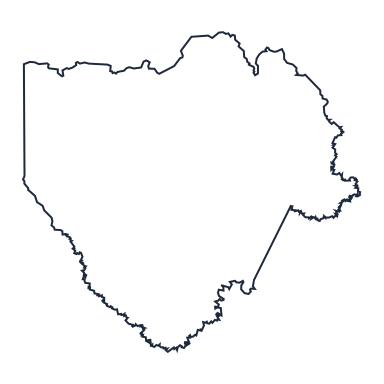 Calamar, Guaviare, Colombia (Albers equal-area conic projection)
{"feature_id": "7082276B89930960352961", "entity_name": "Calamar", "entity_type": "district", "adm_level": 2, "iso_a3": "COL", "parent_name": "Colombia", "parent_adm1": "Guaviare", "projection": "albers", "projection_center": [-72.972, 1.543], "detail": "fine", "context": "isolated", "style": "outline", "palette": "slate", "viewbox_px": 384, "rotation_deg": 0, "n_neighbors": 0, "source": "geoboundaries", "source_scale": "gbopen_adm2", "svg_char_len": 5927}
<svg xmlns="http://www.w3.org/2000/svg" viewBox="0 0 384 384"><path d="M254.0,280.0L290.8,206.0L292.2,206.3L291.0,207.8L292.1,208.2L291.5,209.8L295.4,210.3L294.0,211.5L298.4,210.4L299.0,211.8L300.2,211.2L300.0,213.0L301.1,211.5L302.0,213.7L304.1,213.5L303.2,215.1L305.3,217.2L308.6,217.4L309.0,218.5L311.3,216.4L312.3,217.0L311.6,218.6L313.8,217.1L315.3,218.5L315.7,217.4L316.4,219.6L317.5,219.6L317.2,217.8L318.2,220.5L319.7,221.0L320.7,219.1L323.2,218.3L323.7,216.9L324.9,217.7L324.5,216.4L325.9,217.5L329.1,217.5L332.3,216.2L333.4,217.8L334.8,216.2L336.7,216.0L335.7,214.5L336.6,214.9L337.0,214.1L337.3,215.2L337.6,214.2L335.9,213.2L336.6,211.6L335.8,210.8L340.0,211.9L337.5,209.7L340.0,210.3L339.3,209.0L340.0,207.5L339.0,208.1L338.7,207.3L341.3,204.4L341.6,203.0L340.6,202.9L343.0,201.5L342.2,200.6L344.4,199.4L345.4,201.0L346.6,199.5L347.9,199.7L347.2,200.8L350.2,201.4L349.8,198.8L350.6,198.8L350.6,197.5L349.2,196.9L349.8,195.7L351.4,196.1L351.8,197.4L352.8,195.1L354.7,194.3L356.7,195.5L357.4,194.0L357.9,195.6L356.9,196.3L357.8,196.4L360.1,194.8L359.3,192.1L361.0,192.5L358.0,191.3L358.3,188.3L355.5,187.8L357.2,186.3L355.6,185.8L356.9,185.5L357.4,184.5L356.6,185.1L355.6,184.0L357.4,181.4L355.9,180.4L356.7,179.7L356.0,178.8L355.6,180.3L354.6,180.2L354.8,178.9L353.4,177.4L350.7,177.5L349.4,179.0L350.0,180.5L345.1,180.7L344.9,179.6L343.3,180.3L342.0,179.4L343.3,178.1L342.2,178.5L341.7,177.6L342.0,174.5L341.1,175.7L339.3,173.0L337.0,174.5L332.6,173.7L334.2,170.0L333.3,170.0L332.9,167.9L331.3,169.7L331.2,166.7L334.0,166.6L334.4,164.6L331.6,163.5L331.4,162.4L333.6,162.7L333.3,161.0L336.5,156.8L335.1,155.4L336.6,154.2L335.1,152.8L335.2,149.5L332.6,147.7L334.9,144.5L333.6,144.6L334.5,143.8L332.5,143.1L335.1,137.2L336.4,137.7L337.9,135.4L341.4,135.1L341.1,133.8L343.4,132.0L342.1,130.9L341.8,131.9L341.1,131.5L341.7,129.6L339.7,128.5L340.9,127.1L339.4,127.3L333.6,122.2L331.7,123.9L329.3,121.7L328.8,120.5L329.8,119.8L328.0,119.8L326.6,118.2L327.0,116.1L325.5,115.8L324.3,112.9L323.8,106.7L327.3,103.4L327.8,101.7L326.6,99.6L322.6,98.5L322.4,95.8L320.4,94.3L320.2,90.3L305.2,74.7L303.3,75.6L296.1,74.9L297.7,73.4L296.2,70.9L296.5,68.0L292.8,64.5L287.1,62.9L284.1,58.9L284.1,53.6L281.9,49.1L276.1,51.7L273.8,51.7L269.4,50.0L268.6,48.2L267.0,47.5L265.4,49.6L266.4,51.2L262.6,51.6L259.2,54.5L256.7,58.5L255.8,63.5L258.0,65.9L257.9,73.6L255.0,75.2L253.6,72.6L254.4,71.6L253.5,70.5L254.3,68.6L253.6,66.9L248.9,64.7L249.5,63.4L247.3,61.8L246.7,58.9L244.2,57.1L243.8,51.0L238.6,46.4L239.6,43.5L235.2,39.8L234.8,35.5L232.4,34.9L230.6,36.6L228.4,33.4L225.9,33.9L223.0,32.2L218.9,32.6L212.2,38.0L208.1,35.6L191.4,36.8L180.9,50.8L182.8,55.7L182.4,57.4L180.1,58.2L174.1,66.1L159.2,73.8L157.2,72.7L154.5,68.8L148.9,68.6L148.2,66.1L149.7,62.3L146.4,60.4L143.6,61.6L141.1,67.5L133.8,68.5L129.3,67.2L126.5,68.2L124.0,70.7L117.5,72.0L116.0,73.6L114.5,72.5L112.6,73.1L112.0,71.4L110.2,71.1L110.7,65.9L107.5,64.6L88.8,63.6L84.7,62.5L80.0,63.6L77.5,62.0L75.9,62.9L76.2,65.1L72.5,67.6L68.8,68.9L66.8,68.1L62.5,70.4L63.3,75.7L62.0,76.3L57.8,73.0L57.8,69.4L48.9,68.3L48.0,67.1L48.7,64.6L47.2,63.4L38.8,64.1L34.7,62.3L29.9,61.9L23.9,64.2L24.5,176.1L23.0,179.5L24.3,180.9L24.4,183.7L28.3,188.3L28.1,189.8L35.0,195.9L37.0,202.1L42.6,205.8L44.2,210.3L51.7,217.8L52.4,221.5L51.5,225.4L54.0,227.4L54.7,229.7L60.8,230.1L62.3,231.1L62.6,234.6L64.9,234.1L66.0,235.3L65.9,234.1L67.6,234.5L67.1,236.1L70.2,237.5L69.6,238.9L70.8,239.1L70.5,241.1L71.6,241.1L70.8,241.9L74.4,246.7L73.5,247.8L74.1,248.3L72.9,248.8L75.3,250.8L74.2,253.2L76.5,254.1L77.1,253.0L78.9,254.0L79.7,252.3L81.0,252.9L82.5,256.7L81.0,259.8L81.8,260.5L80.1,261.0L80.1,262.0L81.7,263.5L81.9,262.6L83.0,263.0L83.8,265.7L85.8,266.3L84.2,267.8L85.3,268.3L84.2,270.2L82.0,270.7L84.1,272.8L83.9,274.7L85.0,274.2L86.2,275.1L85.6,276.7L85.4,275.6L83.6,276.8L82.9,279.0L83.8,278.8L85.3,282.9L89.7,283.4L89.6,286.7L88.6,286.7L88.5,287.9L90.0,287.6L89.7,289.5L94.1,290.8L94.5,293.4L98.5,294.2L97.7,295.2L98.9,295.2L98.9,296.2L101.8,295.3L101.7,296.9L104.2,297.7L104.0,299.9L103.0,299.0L103.4,300.1L102.4,300.6L102.7,301.4L104.2,300.6L104.1,302.7L107.8,304.4L106.4,304.5L106.9,305.8L110.1,307.2L110.7,306.2L112.5,307.4L112.1,308.5L114.9,309.7L117.0,309.3L118.1,314.3L121.2,313.9L121.4,315.0L123.0,314.9L124.5,313.8L124.3,316.0L125.8,315.4L126.6,317.6L127.7,317.9L125.5,320.4L128.6,323.7L132.2,324.7L132.2,325.6L133.1,325.2L133.1,326.5L135.2,325.6L135.7,324.2L137.6,326.1L140.6,325.1L141.5,325.1L140.9,326.2L142.5,325.8L142.5,327.1L144.2,327.8L142.9,328.0L144.1,329.0L143.2,329.4L143.9,330.4L139.8,333.9L142.0,333.0L141.6,335.4L143.0,335.0L142.5,336.7L145.8,337.3L146.1,340.5L150.3,339.8L150.6,342.2L148.4,342.2L150.5,343.4L150.9,345.5L152.3,344.5L152.2,346.1L154.3,346.9L156.4,345.0L158.3,345.7L159.6,344.5L159.4,345.9L161.2,347.4L163.2,347.3L163.5,348.4L165.5,347.8L165.5,349.3L167.2,348.8L166.0,350.3L167.8,351.8L173.8,347.5L174.3,349.1L176.4,347.7L177.1,349.9L177.8,347.2L180.0,345.2L181.9,346.4L181.6,347.3L184.1,347.9L185.8,345.1L185.3,344.1L186.6,344.3L185.0,343.5L185.0,342.2L188.6,342.2L187.3,344.9L189.5,343.5L187.3,337.7L189.9,337.7L189.2,336.0L190.0,335.2L190.6,336.9L192.9,336.7L195.1,334.8L196.3,335.5L197.8,329.9L201.2,330.7L200.9,329.5L202.1,329.7L204.0,325.4L203.2,322.1L205.5,322.7L206.8,321.8L207.2,323.2L209.2,323.7L211.2,321.4L212.4,322.9L214.9,319.9L217.1,320.6L217.5,319.4L219.2,319.8L217.4,316.8L219.7,315.5L218.0,314.4L216.7,315.6L216.2,314.4L217.6,312.9L221.5,315.4L220.8,308.1L217.4,307.4L215.3,308.6L215.1,306.7L218.0,306.9L218.8,304.5L215.2,301.5L218.3,300.6L219.6,299.0L221.2,300.6L223.5,300.0L223.7,299.0L218.9,295.9L218.0,292.4L218.8,289.7L223.5,290.6L223.3,286.8L221.2,285.2L228.3,287.2L229.2,289.1L231.8,284.4L229.9,281.9L235.1,280.8L236.4,282.4L239.7,282.6L242.9,280.9L243.4,282.2L241.3,285.3L241.2,289.4L244.5,293.1L248.5,294.0L250.8,291.5L250.0,289.5L250.9,288.6L254.8,288.9L252.9,286.3L254.0,280.0Z" fill="none" stroke="#1e293b" stroke-width="2"/></svg>